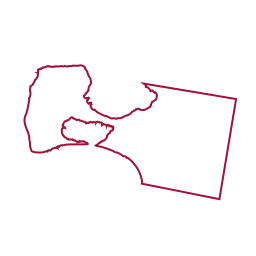 the district of Biedma, Chubut, Argentina, rotated 192°
{"feature_id": "61730980B40140971915743", "entity_name": "Biedma", "entity_type": "district", "adm_level": 2, "iso_a3": "ARG", "parent_name": "Argentina", "parent_adm1": "Chubut", "projection": "albers", "projection_center": [-64.415, -42.44], "detail": "fine", "context": "isolated", "style": "outline", "palette": "rose", "viewbox_px": 256, "rotation_deg": 192, "n_neighbors": 0, "source": "geoboundaries", "source_scale": "gbopen_adm2", "svg_char_len": 5931}
<svg xmlns="http://www.w3.org/2000/svg" viewBox="0 0 256 256"><g transform="rotate(192 128 128)"><path d="M70.4,177.0L121.9,174.7L121.3,174.4L120.4,174.6L120.1,174.4L119.5,173.8L119.7,173.5L119.3,173.1L119.4,172.8L119.1,172.6L119.0,171.9L118.2,171.9L118.0,171.7L117.3,171.9L116.9,171.8L114.8,170.3L113.9,169.3L113.6,168.7L113.2,168.8L112.6,169.7L111.9,169.7L109.6,168.1L109.4,168.5L108.5,168.5L107.3,167.4L106.9,166.8L106.4,165.5L106.4,162.3L106.7,161.7L108.0,160.0L109.9,158.4L110.0,157.3L110.6,155.2L110.3,154.9L110.4,154.3L110.8,153.2L111.3,152.6L112.2,152.3L113.0,151.2L113.9,150.4L116.1,148.9L119.6,148.4L120.5,148.6L121.2,149.1L121.5,149.1L122.4,148.9L123.4,148.1L123.9,148.1L124.0,147.7L124.4,147.0L125.1,146.5L125.8,146.3L126.0,145.7L127.6,144.4L128.4,142.8L130.0,141.2L131.5,140.1L133.4,139.2L134.0,138.5L136.6,136.5L138.0,135.9L139.7,135.6L140.2,135.4L140.5,135.0L141.5,134.6L144.4,134.6L145.1,134.1L146.6,133.9L151.5,135.2L152.0,134.9L152.8,134.9L155.8,135.5L161.2,137.0L164.8,139.0L165.2,138.6L165.9,138.6L166.6,138.9L167.8,139.7L169.2,141.6L169.3,142.4L169.1,142.6L168.9,143.0L169.0,143.0L169.2,143.5L169.3,143.5L169.1,144.8L169.3,145.1L169.7,145.0L170.2,144.5L170.6,144.5L170.6,144.2L171.4,143.9L171.6,143.6L172.1,143.9L172.1,144.1L172.7,144.4L173.6,145.6L173.8,146.4L173.1,147.2L172.9,147.9L172.5,148.4L172.4,148.9L172.7,148.9L172.9,149.2L173.2,148.8L174.1,148.9L174.9,148.4L176.1,148.5L176.7,148.6L177.5,149.4L177.8,150.0L177.8,150.4L177.1,151.3L176.7,152.5L176.3,152.9L176.0,154.0L175.4,154.4L175.2,155.5L174.9,155.8L174.4,156.6L174.6,156.8L174.8,158.3L174.8,160.0L174.1,162.3L173.6,163.2L173.5,164.1L174.1,166.5L175.2,168.6L177.9,171.6L178.4,172.6L179.1,173.4L179.2,174.2L181.4,176.5L182.3,177.1L182.5,178.0L183.1,178.4L183.4,179.0L184.8,179.4L186.7,179.6L190.3,178.4L195.0,177.5L195.8,176.9L196.4,176.9L196.8,176.6L198.5,176.2L198.8,176.3L199.0,176.0L200.2,175.6L201.6,175.4L202.9,175.6L204.0,174.8L206.6,174.6L207.3,174.2L208.9,173.7L209.4,173.8L210.4,173.3L211.0,173.4L211.5,173.1L212.2,173.2L212.4,172.8L214.0,172.2L217.5,171.7L218.3,171.8L218.4,172.1L219.0,172.0L219.6,171.8L220.2,171.1L221.0,171.0L221.8,170.1L223.1,169.7L223.7,169.7L223.8,169.6L223.8,169.2L224.8,168.6L225.1,168.0L225.9,168.0L226.4,167.2L227.0,166.9L227.4,167.0L227.9,166.5L227.7,166.3L228.0,165.6L227.9,165.2L227.6,164.8L227.5,164.2L227.6,163.7L227.9,163.5L227.6,163.5L227.3,163.0L227.3,161.6L227.4,161.2L227.0,160.6L227.0,159.9L227.2,159.2L227.2,158.8L227.9,157.5L228.4,156.3L228.7,156.0L229.1,154.7L229.0,154.0L229.8,152.2L230.2,150.5L230.6,150.0L231.9,148.9L232.2,148.0L231.8,147.3L232.0,146.4L231.7,145.3L231.6,143.7L231.0,143.0L230.4,140.9L230.4,138.3L230.5,137.7L230.9,136.8L230.9,136.0L230.8,135.7L230.5,135.5L230.5,134.9L230.4,134.5L230.2,125.7L230.5,121.0L231.0,118.6L231.1,115.4L230.5,112.6L229.6,110.4L227.8,107.2L224.4,102.2L223.0,99.2L222.5,97.8L222.1,96.0L221.1,94.2L220.2,90.8L219.1,87.9L217.4,85.3L216.2,85.0L215.4,85.1L213.4,84.9L210.5,85.5L209.7,85.5L207.2,86.2L206.0,86.6L205.0,87.3L204.3,87.5L202.3,88.5L202.0,88.4L202.0,88.6L201.8,88.6L201.7,88.8L201.8,89.2L201.3,89.6L200.7,89.7L200.3,89.9L199.4,89.7L199.0,90.2L198.9,90.7L198.4,91.0L198.2,91.3L198.1,91.7L197.4,92.4L195.9,93.0L195.1,93.6L193.9,93.6L194.1,94.1L193.4,94.5L193.1,94.3L193.3,94.7L193.2,94.8L193.2,95.1L192.9,95.4L192.1,95.8L191.7,95.7L191.6,95.4L191.4,95.5L191.4,95.9L190.9,96.2L190.9,96.5L189.8,97.2L189.1,97.4L188.8,97.2L187.8,97.8L187.1,97.8L186.0,98.5L183.8,99.3L174.2,101.5L169.3,102.5L165.0,103.5L163.3,104.2L164.0,104.2L165.0,104.9L165.9,104.9L166.8,105.2L167.4,105.5L168.2,105.5L169.0,105.8L169.4,105.4L170.2,105.5L171.0,104.9L172.5,105.2L172.4,104.6L172.7,104.3L174.0,104.3L174.1,103.9L174.6,103.9L174.8,103.7L175.4,103.9L176.3,104.6L176.3,104.8L176.1,105.0L176.6,104.7L177.1,104.6L177.5,104.9L178.2,104.7L179.1,105.1L179.4,104.9L180.1,105.4L180.6,105.1L182.1,104.8L182.6,104.4L183.1,104.4L184.1,104.8L184.2,104.4L184.5,104.4L185.4,104.7L186.9,105.8L187.6,105.7L188.4,106.0L189.3,107.0L189.6,107.0L190.0,107.2L190.7,108.4L191.1,108.6L191.5,109.4L192.2,111.6L192.4,113.0L192.2,113.5L191.9,114.4L191.6,114.6L191.2,114.6L190.9,115.1L190.2,115.0L190.3,115.1L190.1,115.4L190.9,115.5L191.6,116.4L192.0,116.6L192.3,116.5L192.5,117.0L192.5,117.6L192.1,118.5L191.7,120.3L191.2,121.3L190.3,121.6L189.8,122.1L189.4,122.2L188.9,123.0L187.6,123.7L186.8,125.2L185.7,126.6L185.2,126.8L184.0,126.6L183.9,126.2L183.2,126.0L181.7,125.8L181.4,125.7L180.7,125.3L179.9,125.5L179.5,125.1L178.4,125.7L177.5,125.9L176.7,125.3L175.4,125.4L174.7,125.0L173.5,125.2L173.1,124.9L171.0,125.0L170.7,124.8L170.3,124.0L170.0,123.7L169.6,123.9L169.3,124.4L168.9,124.7L168.4,124.8L168.2,124.6L167.7,124.7L167.6,124.9L167.3,125.0L167.4,125.3L167.2,125.5L165.6,126.3L164.6,126.3L164.0,125.8L163.4,126.1L163.1,126.5L162.8,126.7L162.2,126.6L161.0,126.9L160.6,126.9L160.5,126.6L160.4,127.0L160.0,127.1L159.8,127.5L159.0,127.9L158.5,127.9L157.3,127.8L156.8,127.4L155.5,127.8L154.7,127.7L154.0,126.9L154.0,126.4L154.3,125.6L154.0,125.1L153.5,125.6L153.5,126.5L152.9,126.8L151.3,126.5L150.3,126.5L149.4,126.2L149.2,125.5L149.0,126.3L147.8,127.0L146.6,126.6L146.3,126.1L146.4,125.8L145.9,125.8L145.8,126.1L145.5,126.1L145.3,126.4L144.7,126.4L143.9,126.1L143.2,126.4L142.8,126.1L142.5,125.7L142.8,125.3L142.5,125.3L142.4,125.0L142.3,123.6L142.4,122.7L143.0,122.2L143.7,122.0L144.4,121.5L144.7,120.8L144.5,120.0L144.6,119.6L145.9,118.2L146.6,117.0L146.9,115.9L146.7,114.6L146.9,114.0L147.6,112.3L149.0,110.7L150.5,109.9L150.5,109.5L150.9,109.2L152.0,108.8L152.2,107.9L153.5,106.9L154.4,105.5L155.8,104.3L155.0,104.0L149.2,104.0L142.8,103.3L138.0,102.5L135.5,101.6L133.5,101.7L131.8,101.4L129.0,100.5L126.5,99.3L126.1,99.6L125.5,99.7L123.9,99.4L123.1,99.0L123.0,98.6L122.7,98.8L122.1,98.7L119.5,97.5L117.3,96.2L112.6,92.5L110.6,90.6L107.8,87.3L105.7,84.2L103.7,80.1L103.0,78.1L102.8,76.9L102.9,76.4L23.8,77.4L28.3,178.8L70.4,177.0Z" fill="none" stroke="#9f1239" stroke-width="2"/></g></svg>